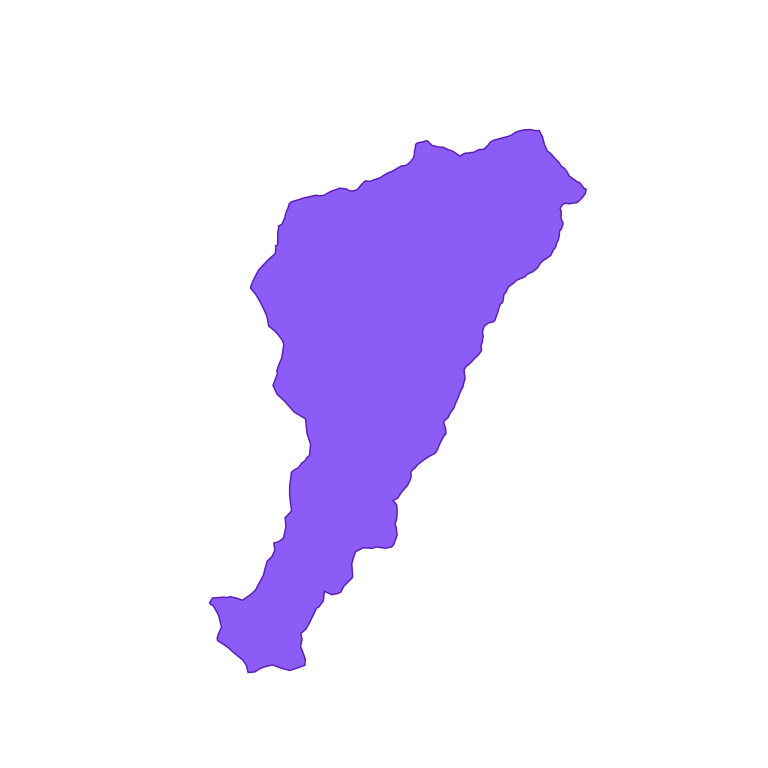 Phuentenchhu, Chirang, Bhutan, rotated 150°
{"feature_id": "84629894B77854435497479", "entity_name": "Phuentenchhu", "entity_type": "district", "adm_level": 2, "iso_a3": "BTN", "parent_name": "Bhutan", "parent_adm1": "Chirang", "projection": "mercator", "projection_center": [90.22, 27.109], "detail": "fine", "context": "isolated", "style": "filled", "palette": "violet", "viewbox_px": 768, "rotation_deg": 150, "n_neighbors": 0, "source": "geoboundaries", "source_scale": "gbopen_adm2", "svg_char_len": 4995}
<svg xmlns="http://www.w3.org/2000/svg" viewBox="0 0 768 768"><g transform="rotate(150 384 384)"><path d="M414.7,284.3L413.3,285.0L412.6,285.6L411.2,286.5L409.6,287.6L408.1,289.0L406.3,290.9L405.2,293.8L402.2,295.6L399.9,295.5L395.5,297.2L389.9,298.1L384.3,298.6L379.4,298.7L375.0,298.5L372.4,299.3L369.4,301.4L367.3,303.0L365.6,304.4L363.0,306.0L359.0,308.6L355.3,309.9L353.7,312.9L352.9,315.1L352.4,317.2L351.8,319.7L351.3,320.9L350.6,321.9L346.8,322.6L345.3,322.9L343.5,324.1L341.4,325.6L338.9,326.8L335.5,328.2L331.3,331.8L326.2,335.5L324.4,336.9L322.7,338.4L319.5,340.6L317.4,341.8L314.3,345.1L311.2,348.1L309.9,350.7L309.4,352.2L307.5,356.4L306.0,357.2L303.4,358.3L301.5,358.3L295.7,359.9L292.1,361.1L288.3,361.8L285.2,363.1L283.5,363.6L282.4,364.9L281.4,367.7L280.4,368.9L278.7,370.5L277.4,371.8L275.8,374.1L274.2,375.6L273.4,378.4L272.5,380.0L268.7,383.7L266.7,384.3L264.4,384.4L262.9,384.6L260.4,383.9L258.8,383.3L256.7,383.4L255.0,384.6L252.1,387.2L249.4,389.4L246.0,392.8L243.4,395.0L240.5,395.3L238.2,397.9L236.0,400.8L235.2,401.7L232.3,402.6L230.6,404.0L227.8,405.8L223.9,406.3L222.0,406.5L218.9,407.2L216.7,407.5L214.9,407.2L213.1,407.1L210.5,406.5L208.3,406.4L205.4,407.4L203.2,407.2L201.2,407.3L200.0,406.9L198.3,406.9L196.8,407.2L195.3,407.4L193.5,407.7L192.6,408.1L189.9,409.5L187.5,410.7L186.1,411.0L184.7,411.3L182.7,411.4L180.3,411.5L176.6,411.8L175.1,412.1L173.4,413.4L171.7,414.5L169.6,415.9L167.8,416.3L166.4,417.2L165.1,418.7L163.8,419.9L162.0,420.9L160.0,422.7L158.5,424.3L157.1,426.3L155.7,428.3L154.8,429.1L152.9,429.5L150.9,431.3L149.2,432.8L148.2,434.5L148.4,435.8L148.1,437.8L147.6,439.8L146.5,441.0L145.6,442.5L145.0,443.8L144.0,445.5L143.8,447.3L143.5,448.2L141.6,449.1L139.9,450.0L137.6,450.1L135.1,448.8L133.1,447.3L130.5,446.4L128.6,445.6L127.1,444.8L126.1,444.7L124.4,444.8L119.0,446.3L114.8,448.1L113.5,449.4L111.6,451.6L112.8,453.4L113.3,456.2L113.5,459.1L114.4,461.4L115.8,462.6L116.4,464.6L118.0,467.9L119.6,471.7L119.5,473.6L119.4,476.2L119.9,480.5L121.5,484.1L121.8,488.9L123.0,493.0L123.9,497.7L124.7,501.0L126.1,504.2L125.3,511.1L123.1,519.5L123.1,522.1L122.8,525.8L123.8,526.3L127.1,528.4L130.0,531.2L133.1,532.8L136.3,534.3L139.9,535.4L142.8,536.1L145.0,536.2L148.8,535.8L151.5,536.1L158.0,537.8L163.1,539.2L165.4,539.9L168.1,540.4L171.5,540.2L174.4,538.8L176.2,538.4L178.1,537.8L180.5,537.5L183.1,538.8L184.2,539.4L188.6,539.8L190.9,539.9L193.9,541.5L195.4,541.6L196.8,542.7L199.6,543.6L201.8,543.5L204.5,543.5L205.4,545.8L207.1,549.3L208.9,552.4L211.0,554.5L214.4,559.5L215.9,560.3L218.1,561.8L220.6,564.3L223.0,566.3L223.5,568.1L224.3,570.7L224.8,572.6L226.3,573.8L228.8,574.1L231.1,574.9L234.3,576.0L236.1,575.9L237.2,575.2L239.3,572.2L241.3,570.4L242.9,567.6L245.4,565.1L249.4,563.4L254.1,562.3L257.2,562.7L259.7,564.1L264.6,564.2L270.1,564.1L275.2,564.9L278.9,564.9L282.9,564.6L285.5,564.7L289.2,565.6L291.3,565.9L294.8,566.5L297.1,568.0L298.7,569.3L302.1,568.4L304.4,567.8L308.8,566.0L310.9,565.8L314.7,566.8L317.3,568.6L319.1,571.8L322.5,574.3L324.8,575.9L327.6,576.2L331.9,577.1L334.7,577.4L340.9,577.4L343.0,577.9L346.0,579.4L347.3,580.5L348.6,581.5L354.3,583.3L360.5,585.2L365.4,586.2L369.8,587.3L372.8,588.0L375.9,587.5L378.8,584.7L383.9,580.8L387.0,577.4L390.1,575.1L392.7,573.3L396.5,573.5L396.9,572.1L400.0,568.7L402.2,564.9L406.5,557.8L408.9,557.7L409.4,556.0L413.1,551.3L423.6,549.1L435.6,545.4L441.1,542.0L445.9,538.8L450.7,535.0L451.6,533.6L450.2,525.5L450.2,516.4L450.6,510.1L450.9,506.4L451.3,502.8L451.8,500.4L454.9,491.7L452.4,485.6L451.2,480.7L450.5,475.4L450.3,471.4L451.0,468.4L453.2,465.5L459.6,457.6L466.7,452.3L470.5,448.6L471.2,446.1L475.0,443.1L480.8,438.3L481.7,428.6L478.6,418.5L475.8,404.6L469.4,393.0L471.3,388.9L475.4,379.7L477.7,368.6L484.1,359.5L487.9,358.7L491.0,356.9L494.6,356.7L500.0,354.4L506.1,354.4L508.6,353.6L510.4,350.9L516.4,343.3L520.8,335.8L524.3,328.2L527.5,320.3L536.5,317.6L540.4,309.4L544.3,305.0L548.1,300.8L554.2,300.1L559.0,301.3L561.5,294.7L567.4,290.6L573.7,289.0L578.0,284.9L584.0,278.7L590.8,274.5L598.1,269.9L604.3,268.4L614.7,267.5L618.7,272.2L623.7,276.9L626.7,277.4L629.4,279.6L634.3,281.8L638.4,284.0L639.8,284.3L644.4,281.8L644.3,279.7L642.8,277.7L642.8,274.7L642.8,268.9L643.0,266.0L644.4,261.1L646.3,254.7L652.9,249.9L655.6,247.2L656.4,244.9L653.7,239.9L650.7,233.4L648.8,227.3L644.3,215.4L643.9,209.2L645.9,202.1L639.7,199.2L634.0,199.6L629.0,198.8L621.0,196.5L615.0,189.2L611.0,185.2L608.9,183.1L602.2,181.6L593.2,180.0L589.8,184.9L588.2,193.4L587.5,198.4L582.5,204.1L580.9,209.6L574.5,210.6L567.4,214.7L564.4,216.9L560.1,219.7L554.7,223.6L552.0,223.5L545.0,226.5L539.3,234.3L534.5,227.7L528.9,225.7L525.3,225.4L520.1,228.9L511.5,231.2L508.0,232.2L505.9,235.8L502.0,244.2L496.6,249.5L492.4,253.0L484.0,252.6L476.1,247.5L472.2,246.8L464.8,241.0L458.8,239.1L455.8,240.1L451.7,243.6L448.2,246.5L445.0,254.0L444.7,256.9L441.1,260.2L439.3,262.5L435.3,268.8L433.4,273.3L434.5,278.6L429.2,278.3L423.2,281.4L414.7,284.3Z" fill="#8b5cf6" stroke="#5b21b6" stroke-width="1.5"/></g></svg>